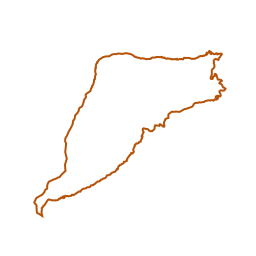 Tsa-le-Moleka, Butha-Buthe, Lesotho, rotated 82°
{"feature_id": "5366337B25108724147301", "entity_name": "Tsa-le-Moleka", "entity_type": "district", "adm_level": 2, "iso_a3": "LSO", "parent_name": "Lesotho", "parent_adm1": "Butha-Buthe", "projection": "mercator", "projection_center": [28.369, -28.789], "detail": "fine", "context": "isolated", "style": "outline", "palette": "amber", "viewbox_px": 256, "rotation_deg": 82, "n_neighbors": 0, "source": "geoboundaries", "source_scale": "gbopen_adm2", "svg_char_len": 5735}
<svg xmlns="http://www.w3.org/2000/svg" viewBox="0 0 256 256"><g transform="rotate(82 128 128)"><path d="M203.2,225.2L199.4,225.4L198.6,225.3L197.6,224.7L195.3,224.6L194.1,223.0L193.2,222.6L193.0,221.7L192.5,221.2L191.7,220.4L191.1,220.1L187.9,217.1L187.7,216.2L188.1,215.7L188.5,214.3L189.0,213.4L189.4,211.4L189.3,210.5L189.7,209.7L189.7,208.9L189.4,207.0L189.1,206.6L188.6,206.4L188.4,206.1L188.5,205.1L187.7,204.4L188.1,203.6L187.7,203.4L187.8,202.9L186.9,202.3L186.8,201.8L186.8,201.2L188.3,201.5L188.5,201.3L188.2,200.7L186.9,200.4L187.0,200.1L186.5,199.6L187.0,199.1L186.9,198.1L186.9,197.4L187.4,196.3L187.2,193.7L186.3,192.9L186.3,192.5L186.8,192.1L186.8,191.0L185.7,189.1L185.6,188.1L184.9,187.4L184.7,186.4L184.0,185.5L184.0,185.2L184.4,184.2L182.8,182.5L182.2,181.5L181.9,180.5L182.0,179.2L181.7,177.8L181.1,176.7L181.2,174.2L180.9,173.6L179.8,172.9L179.9,172.0L179.5,171.1L179.7,170.2L178.8,169.1L178.6,168.1L177.8,167.5L177.5,166.6L176.8,165.8L176.9,163.8L176.1,163.0L176.1,162.4L175.5,161.9L175.3,160.9L174.6,159.5L174.6,158.2L174.0,156.9L173.1,156.1L172.2,155.7L172.0,155.2L172.0,153.7L171.5,152.8L171.6,151.9L170.6,151.0L170.1,150.1L169.6,147.9L169.5,146.8L168.5,146.1L168.4,145.6L168.1,145.3L167.2,144.8L167.5,144.0L167.3,143.8L164.6,142.8L164.3,141.9L163.9,141.7L163.5,141.2L163.5,140.3L162.6,138.9L162.7,138.3L162.3,137.4L160.9,136.8L161.0,135.5L160.4,133.8L159.8,133.9L159.2,133.3L158.2,133.0L156.9,131.8L156.5,131.1L155.2,130.3L154.9,129.3L154.3,128.9L153.4,128.6L153.3,128.3L153.8,127.0L153.3,126.7L153.2,126.3L152.8,125.9L152.0,125.5L150.8,125.9L149.5,125.6L147.3,124.1L146.5,123.9L146.6,123.7L145.3,123.1L145.2,122.5L144.5,122.0L144.4,121.2L144.6,120.6L144.6,120.1L144.4,119.6L143.6,119.3L143.2,117.3L142.6,117.3L140.8,116.1L140.1,115.9L139.8,115.4L138.5,114.9L138.2,115.5L137.9,115.6L137.6,115.2L137.7,114.9L136.7,114.8L135.0,113.5L134.4,113.4L134.1,113.1L132.6,113.8L130.8,113.4L130.5,112.4L131.3,110.8L131.6,109.2L132.1,108.4L133.4,107.6L134.4,105.8L134.4,104.5L134.0,103.7L132.8,102.0L132.0,101.7L130.7,101.5L129.1,100.7L129.7,98.9L129.7,97.7L130.3,96.6L129.3,96.2L128.7,95.8L129.5,94.6L130.5,93.9L130.9,93.3L131.6,92.9L131.6,91.9L130.7,91.7L128.9,91.8L127.6,91.6L126.6,91.1L125.8,90.4L124.9,90.1L124.1,89.3L123.7,86.7L122.9,86.4L122.1,86.5L120.4,86.1L119.6,85.4L118.0,82.4L118.4,80.0L118.4,78.3L119.2,74.6L117.1,69.4L117.1,67.1L116.7,66.1L116.1,62.5L115.5,61.0L113.2,59.2L112.8,58.5L112.6,57.4L112.8,55.0L112.4,53.9L112.8,53.1L112.8,49.0L112.2,48.1L112.0,47.4L111.8,44.2L112.2,42.9L112.0,41.7L112.2,40.5L112.8,39.5L111.6,38.0L112.2,37.0L112.0,35.8L111.6,35.1L111.1,34.9L110.3,35.7L109.9,36.7L109.2,36.8L108.9,36.5L108.5,34.8L108.7,34.3L109.4,34.8L109.7,34.7L110.0,34.3L109.4,33.4L109.4,32.0L108.9,31.7L107.7,31.6L105.2,32.4L104.3,32.3L103.6,31.0L104.2,29.3L104.1,28.7L104.3,27.7L103.0,26.1L102.6,26.0L101.3,27.4L101.0,28.2L98.7,28.8L97.4,29.6L96.9,30.3L96.9,30.8L96.5,31.3L96.1,31.3L95.7,30.9L94.8,29.6L94.6,28.8L94.3,28.5L93.5,29.1L93.0,29.9L92.8,30.7L92.7,32.1L92.3,32.4L91.9,32.3L90.1,32.7L87.9,33.0L87.1,33.3L86.6,34.0L86.6,34.4L86.8,34.8L87.8,34.6L88.5,34.8L88.9,36.2L89.2,36.7L90.6,37.1L91.1,37.4L91.2,38.1L91.0,38.9L90.4,39.2L89.5,39.1L87.3,37.8L85.8,37.4L82.4,37.0L81.5,36.2L81.3,35.6L80.9,35.1L79.2,33.8L77.4,33.7L76.0,34.1L75.0,33.7L74.0,33.9L73.2,33.7L72.5,33.1L71.8,32.0L72.2,30.8L73.2,29.1L73.0,28.8L71.7,28.5L70.7,27.2L69.7,26.5L68.1,24.8L67.4,25.1L67.3,25.5L67.4,26.4L67.1,27.6L67.5,29.3L66.5,29.6L66.3,30.1L67.0,31.5L66.9,32.5L66.3,33.2L65.9,33.8L66.3,35.2L65.9,36.0L65.5,36.2L65.1,36.1L65.1,35.4L64.7,35.1L64.1,35.5L63.1,36.7L63.3,37.1L64.8,38.3L65.0,38.7L64.8,39.5L64.6,39.7L65.0,40.0L66.2,39.6L66.4,40.0L66.4,40.9L67.1,42.5L66.8,43.1L67.1,43.7L67.0,44.2L67.3,44.5L66.8,45.8L66.9,46.4L67.2,47.2L67.1,48.0L68.0,49.1L68.2,50.7L68.8,52.3L68.4,53.8L68.6,54.4L68.3,55.5L67.3,57.5L66.9,58.8L66.8,60.8L66.3,62.6L66.5,63.1L67.3,63.5L67.7,64.0L67.1,65.2L67.3,66.0L66.9,66.8L66.9,67.4L67.2,68.6L67.1,69.3L66.4,69.8L66.9,70.4L66.3,71.3L66.4,72.7L66.0,74.3L66.2,74.8L66.1,75.2L65.6,75.9L65.2,76.8L65.2,77.5L64.5,79.2L64.9,80.0L64.4,81.3L63.5,81.9L63.5,82.8L63.1,83.3L63.2,84.1L62.7,84.7L62.3,84.7L62.3,86.7L61.7,88.6L61.8,89.3L61.7,89.7L61.9,90.1L61.7,90.8L62.0,91.9L61.8,93.0L61.6,93.4L61.8,94.9L62.3,95.3L62.3,95.7L62.6,95.9L62.8,96.2L62.4,98.4L62.5,100.1L61.7,101.7L61.6,102.4L61.0,103.8L60.9,104.5L61.1,105.7L60.1,107.0L59.9,107.6L59.9,108.3L59.6,108.5L59.4,109.4L59.0,110.2L58.6,110.4L58.3,111.7L57.1,112.4L56.1,113.6L55.2,115.1L54.7,116.4L53.7,119.3L53.6,120.5L53.9,122.8L53.6,124.6L53.2,125.7L52.9,127.0L53.2,129.6L52.8,131.5L53.1,133.7L53.7,135.3L54.3,136.4L54.3,137.6L54.1,138.9L54.1,141.2L54.5,143.2L56.2,146.8L57.2,148.1L57.7,148.3L58.3,149.1L58.5,148.9L59.0,149.2L59.1,149.6L59.6,149.7L60.1,150.5L60.8,150.8L63.4,151.6L63.7,151.3L64.0,151.4L64.2,152.0L65.8,152.2L66.8,152.6L69.7,152.5L70.5,152.3L71.4,153.1L72.5,153.5L73.8,153.6L75.2,154.1L75.3,154.8L77.6,155.3L79.7,156.2L80.9,157.1L81.3,157.7L82.8,158.1L83.6,159.0L86.1,160.0L88.5,164.7L89.4,165.4L91.2,165.3L92.2,165.7L93.3,167.0L94.5,167.9L95.7,168.1L98.9,169.7L100.1,170.5L100.7,171.4L101.3,173.2L102.5,173.9L104.2,174.5L105.0,175.1L106.1,176.0L108.1,178.5L111.2,179.5L112.4,180.3L112.8,181.1L114.0,181.6L116.6,182.3L119.7,184.4L123.7,187.5L127.0,189.4L129.1,191.2L130.7,191.8L132.1,192.1L133.6,191.8L134.8,191.4L143.0,193.5L150.0,192.9L155.6,195.5L161.8,195.9L164.9,200.3L167.1,202.5L167.4,204.8L168.0,205.7L168.8,209.5L170.2,213.9L171.1,214.6L172.9,215.7L173.9,216.1L175.8,216.3L176.8,216.6L177.6,218.3L178.3,219.0L179.7,219.6L182.0,222.1L184.4,228.2L185.2,229.0L188.8,231.2L190.0,230.7L190.6,230.0L191.8,229.4L197.0,229.9L199.3,229.9L199.8,229.4L200.9,227.7L203.2,225.2Z" fill="none" stroke="#b45309" stroke-width="2"/></g></svg>